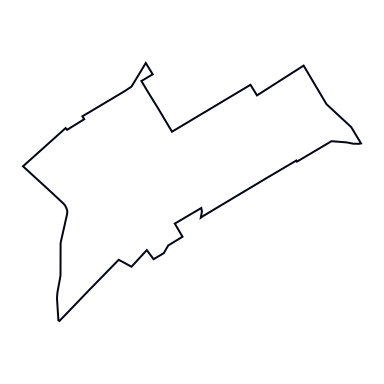 Presidente Perón, Buenos Aires, Argentina (Robinson projection)
{"feature_id": "61730980B23857431741611", "entity_name": "Presidente Perón", "entity_type": "district", "adm_level": 2, "iso_a3": "ARG", "parent_name": "Argentina", "parent_adm1": "Buenos Aires", "projection": "robinson", "projection_center": [-58.406, -34.942], "detail": "fine", "context": "isolated", "style": "outline", "palette": "ink", "viewbox_px": 384, "rotation_deg": 0, "n_neighbors": 0, "source": "geoboundaries", "source_scale": "gbopen_adm2", "svg_char_len": 790}
<svg xmlns="http://www.w3.org/2000/svg" viewBox="0 0 384 384"><path d="M23.0,166.3L49.3,190.4L63.8,203.9L65.2,205.7L66.2,207.8L67.0,209.7L67.3,211.6L67.1,214.1L60.9,241.6L60.6,243.5L60.5,275.2L60.2,277.4L57.5,292.1L57.2,295.0L57.0,298.5L58.4,320.4L59.4,321.0L89.5,289.7L118.7,259.8L131.5,266.7L146.8,250.1L153.6,259.2L163.8,253.1L168.2,245.5L182.5,236.7L174.8,223.6L201.3,208.0L201.9,211.6L200.8,217.7L203.2,216.0L267.0,177.8L296.4,160.5L297.0,161.6L331.5,141.2L346.7,142.4L353.2,143.7L359.1,143.8L361.0,143.4L351.2,127.1L326.5,104.2L303.6,65.6L257.0,95.4L250.5,84.8L221.5,102.1L172.0,131.7L158.0,108.2L150.0,95.3L146.4,89.4L141.4,81.0L152.7,74.3L145.8,63.0L131.5,86.6L124.4,91.3L82.4,116.3L84.2,119.2L67.1,129.8L65.6,128.1L23.0,166.3Z" fill="none" stroke="#020617" stroke-width="2"/></svg>